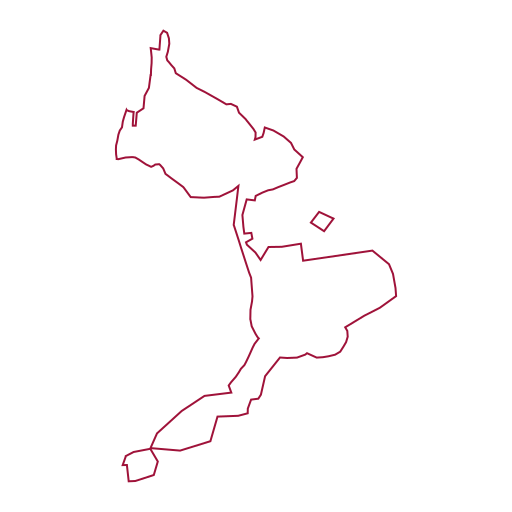 outline of Nasr, Aswan, Egypt
{"feature_id": "37247803B32135052764998", "entity_name": "Nasr", "entity_type": "district", "adm_level": 2, "iso_a3": "EGY", "parent_name": "Egypt", "parent_adm1": "Aswan", "projection": "robinson", "projection_center": [32.989, 24.512], "detail": "fine", "context": "isolated", "style": "outline", "palette": "rose", "viewbox_px": 512, "rotation_deg": 0, "n_neighbors": 0, "source": "geoboundaries", "source_scale": "gbopen_adm2", "svg_char_len": 2847}
<svg xmlns="http://www.w3.org/2000/svg" viewBox="0 0 512 512"><path d="M126.5,109.9L124.0,117.3L122.8,121.6L122.0,127.2L122.0,127.3L119.8,130.5L118.4,134.6L117.3,140.7L116.1,145.4L115.9,149.3L116.1,154.3L116.7,158.4L116.7,159.0L117.1,159.0L118.2,159.2L125.6,157.5L132.1,157.1L132.9,157.1L133.3,157.2L135.3,157.5L135.8,157.8L139.1,159.7L139.6,160.1L140.1,160.4L142.3,161.9L146.2,164.5L148.4,165.5L150.8,166.7L151.2,166.8L153.5,165.8L155.3,164.5L155.7,164.5L159.2,164.2L160.2,165.0L163.2,168.4L165.5,173.9L168.1,175.8L171.5,178.4L178.1,183.2L183.2,187.0L183.8,187.7L187.1,192.2L190.7,197.1L195.5,197.3L199.3,197.5L204.0,197.7L214.3,196.9L219.3,196.7L232.9,190.4L238.4,185.9L237.0,197.8L233.7,225.0L234.0,225.7L238.7,240.2L241.1,247.9L245.8,262.5L248.8,271.7L249.1,272.6L251.1,277.7L251.4,281.9L252.5,296.4L252.1,300.6L252.1,301.0L252.0,301.6L250.9,307.6L250.5,309.7L250.3,319.3L250.5,320.0L251.7,326.3L255.5,333.8L257.1,336.4L258.0,337.7L258.8,338.4L254.6,343.8L252.7,347.5L249.9,353.8L248.4,357.1L246.0,362.1L244.4,365.1L240.9,368.8L238.9,372.2L235.8,376.8L231.1,382.2L228.7,385.5L231.3,392.6L204.5,395.9L181.8,410.9L180.9,411.7L157.0,433.4L150.5,448.1L180.1,450.6L210.4,441.2L217.5,416.6L238.2,415.8L247.7,413.3L247.8,408.6L251.1,399.6L258.3,398.7L260.9,394.7L265.1,376.2L280.0,357.5L287.2,358.0L297.0,357.6L305.3,354.6L307.0,353.2L316.7,357.6L322.9,357.2L328.4,356.3L335.1,354.7L340.2,351.7L343.4,346.7L346.1,342.1L347.7,336.7L347.3,330.9L345.2,327.3L364.3,315.7L379.8,307.8L396.1,296.1L395.5,288.0L393.0,273.9L389.0,264.2L372.4,250.6L303.1,260.7L300.9,243.7L281.8,246.8L268.5,247.0L260.6,260.0L255.4,252.5L246.9,244.7L246.0,242.3L252.4,238.7L251.3,232.9L244.3,233.6L243.4,226.8L242.4,215.0L246.7,199.4L254.8,200.4L255.7,195.9L262.4,192.6L268.1,190.3L272.9,189.4L278.3,187.1L284.0,184.9L290.3,182.4L294.2,181.1L296.9,177.9L296.5,168.8L299.8,162.8L302.8,157.2L294.3,149.5L291.0,142.9L283.7,136.5L273.4,130.5L264.8,127.5L263.6,133.0L262.3,136.8L254.8,139.6L255.5,137.2L255.6,132.5L253.4,128.9L247.9,122.0L246.8,120.7L245.7,119.2L239.0,112.7L236.9,106.7L230.9,103.9L226.7,104.3L226.3,104.3L217.8,99.3L204.8,92.0L196.6,87.9L186.2,79.8L175.8,73.2L174.3,68.4L171.4,65.2L168.8,62.0L167.3,60.4L166.3,56.8L167.9,51.6L168.0,50.9L169.3,43.8L168.9,38.3L167.1,32.8L163.4,30.7L160.4,35.2L160.4,36.2L159.4,49.6L158.9,49.6L151.7,48.3L150.7,48.1L151.1,51.6L151.7,57.5L151.6,63.2L151.1,69.1L150.9,75.0L150.6,75.0L148.9,87.9L144.6,95.9L143.5,108.3L136.8,112.7L135.7,125.7L132.8,125.7L132.8,123.7L133.5,113.4L133.6,112.5L133.7,112.0L130.4,111.4L128.9,111.1L126.6,110.1L126.5,109.9ZM128.7,481.3L135.3,481.0L153.8,475.0L157.8,461.5L150.3,448.8L133.6,452.0L125.9,456.0L125.7,456.1L125.6,456.9L122.7,465.1L126.9,465.0L128.7,481.3ZM333.5,218.6L324.7,214.5L319.1,211.9L310.9,222.6L316.0,225.9L324.1,231.2L333.5,218.6Z" fill="none" stroke="#9f1239" stroke-width="2"/></svg>